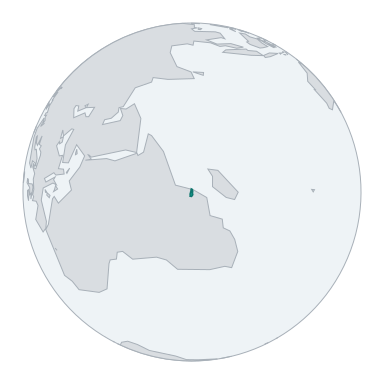 Mtwara highlighted on a globe, orthographic projection, rotated 296°
{"feature_id": "TZA-3388", "entity_name": "Mtwara", "entity_type": "Region", "adm_level": 1, "iso_a3": "TZA", "parent_name": "United Republic of Tanzania", "parent_adm1": "", "projection": "orthographic", "projection_center": [39.572, -10.772], "detail": "fine", "context": "on_globe", "style": "filled", "palette": "teal", "viewbox_px": 384, "rotation_deg": 296, "n_neighbors": 0, "source": "natural_earth", "source_scale": "10m", "svg_char_len": 6907}
<svg xmlns="http://www.w3.org/2000/svg" viewBox="0 0 384 384"><g transform="rotate(296 192 192)"><circle cx="192" cy="192" r="169" fill="#eef3f6" stroke="#a8b0b8"/><path d="M23.1,186.3L23.1,186.7L23.1,188.1L23.1,186.3ZM23.0,191.5L23.2,194.6L26.1,194.6L29.7,199.6L31.0,209.7L30.9,223.2L37.4,249.2L38.9,260.5L43.8,270.9L52.8,287.3L53.1,288.1L46.2,277.3L40.1,266.0L34.9,254.2L30.6,242.1L27.3,229.7L24.9,217.1L23.5,204.4L23.0,191.5ZM54.3,289.9L57.7,294.5L61.7,299.5L54.3,289.9ZM96.9,331.7L97.5,332.1L98.9,333.0L96.9,331.7ZM89.5,326.2L87.0,324.0L87.8,324.5L89.7,326.2L89.5,326.2ZM319.1,80.7L320.3,82.2L323.8,86.4L324.7,87.4L326.0,89.1L328.3,92.3L334.5,101.2L339.5,109.7L343.4,120.8L340.9,122.0L341.7,124.6L338.5,120.1L337.6,124.0L346.2,142.8L347.1,147.7L344.1,154.3L343.5,150.5L335.1,138.4L335.9,149.6L342.4,161.9L344.7,174.7L340.8,169.1L338.1,157.9L335.1,153.3L334.2,143.2L328.5,127.5L324.4,128.6L323.1,122.8L314.5,109.8L307.7,111.3L298.1,123.5L299.5,138.5L294.9,144.3L282.7,121.1L277.8,106.9L273.1,107.5L260.8,95.3L238.6,92.8L235.8,89.4L231.5,90.7L222.9,87.1L218.7,81.8L213.4,82.0L224.7,96.2L230.4,96.3L235.7,91.1L237.7,96.4L246.1,101.6L235.7,113.8L203.2,124.9L200.7,113.9L179.2,86.2L180.1,83.2L180.1,82.9L179.9,82.3L177.3,87.1L173.8,82.2L184.6,100.6L186.2,109.1L202.8,125.6L201.1,127.4L206.6,131.0L225.1,127.2L225.0,130.9L215.9,148.6L190.9,174.1L194.6,192.0L193.5,207.7L178.7,218.6L180.9,231.1L173.5,235.8L173.6,243.1L168.1,251.2L158.6,259.2L141.4,260.8L139.6,254.1L130.0,242.0L116.2,212.9L119.7,198.8L117.9,188.7L105.6,168.1L108.2,155.7L105.1,151.2L98.6,153.5L95.1,148.2L91.2,148.8L67.7,158.1L61.1,152.6L54.7,133.3L59.3,123.5L61.2,114.0L94.2,77.0L100.0,77.1L124.7,69.6L127.6,70.1L123.4,76.8L140.9,82.8L148.1,76.8L165.2,80.2L177.4,79.7L183.9,67.6L164.0,68.1L161.8,62.8L178.8,57.6L196.4,58.3L196.1,56.3L186.0,51.9L191.1,48.7L182.6,50.3L185.3,52.2L180.0,53.5L177.3,51.9L179.2,50.7L174.2,50.0L166.3,56.9L168.2,59.6L154.4,61.7L156.2,66.5L152.1,69.2L147.5,62.1L148.8,59.4L139.5,53.4L136.9,56.3L145.5,62.4L142.4,62.2L139.0,67.0L139.1,63.1L130.4,56.5L118.6,60.1L101.8,74.0L95.4,76.5L90.8,75.7L98.8,63.6L112.4,59.5L115.4,56.0L114.3,52.4L118.5,51.7L119.7,50.0L125.0,48.7L134.0,43.7L139.6,42.5L144.7,37.9L148.3,36.9L144.2,39.7L144.4,41.4L158.5,39.7L161.7,38.6L163.9,36.0L167.5,36.2L167.8,33.9L176.7,32.7L166.1,32.6L168.4,30.3L174.6,28.5L173.4,28.0L163.4,31.0L161.1,32.4L162.1,33.4L154.1,38.1L149.0,39.4L150.1,35.0L142.9,36.7L146.9,33.3L171.7,26.0L181.2,24.9L193.7,26.6L190.6,27.5L184.5,27.2L188.7,29.1L189.0,28.1L192.0,28.6L195.0,27.2L197.2,27.5L196.2,26.0L199.3,26.2L199.9,27.2L206.9,26.1L213.8,26.8L214.3,26.5L212.8,26.0L222.5,27.7L222.4,27.4L219.2,26.7L217.0,25.9L216.9,25.3L220.3,25.9L220.8,26.2L226.9,28.0L227.7,29.2L229.0,29.4L229.1,28.6L221.7,26.3L220.7,25.8L224.7,26.7L223.1,26.3L223.7,26.3L227.4,27.0L223.2,26.0L223.5,26.0L235.7,28.8L247.6,32.5L259.2,37.0L270.5,42.4L281.3,48.6L291.6,55.5L301.4,63.2L310.6,71.7L319.1,80.7ZM81.6,93.5L80.4,96.3L81.6,93.5ZM214.4,66.1L225.4,67.3L221.5,60.1L225.4,60.2L222.6,58.0L221.2,59.7L214.6,53.9L219.7,52.5L218.9,49.9L215.2,49.4L206.9,53.1L216.2,61.1L213.2,63.7L214.4,66.1ZM121.2,43.5L122.4,43.9L119.6,45.9L112.5,48.9L116.5,45.8L121.2,43.5ZM124.9,44.1L128.0,39.7L132.5,38.2L129.4,39.7L132.1,39.1L127.9,41.4L129.2,44.8L126.8,46.9L115.0,50.3L120.2,47.8L118.6,47.4L124.9,44.1ZM127.9,35.8L129.3,35.1L137.3,32.4L135.1,33.5L127.9,36.0L126.3,36.4L127.9,35.8ZM131.7,67.4L134.0,67.3L137.9,66.6L135.8,69.9L131.7,67.4ZM125.5,62.9L127.8,62.1L126.7,65.9L124.3,66.2L125.5,62.9ZM129.9,58.8L128.0,61.8L127.5,60.4L129.9,58.8ZM146.4,39.2L148.9,38.6L148.9,39.1L147.1,40.2L146.4,39.2ZM181.3,23.4L177.3,23.7L175.9,23.8L176.9,23.7L181.3,23.4ZM180.0,69.7L176.0,72.0L174.4,70.9L176.1,70.3L180.0,69.7ZM154.5,70.5L159.9,71.6L153.9,71.4L154.5,70.5ZM181.2,23.4L180.9,23.4L182.9,23.3L181.2,23.4ZM246.8,298.4L247.8,301.1L245.2,300.9L246.8,298.4ZM222.8,205.7L212.1,233.6L203.9,233.6L202.1,225.1L205.8,208.1L215.1,203.6L219.6,196.2L222.8,205.7ZM355.8,213.8L356.5,216.0L356.3,216.7L355.8,213.8ZM355.2,209.7L356.2,211.5L354.7,211.1L355.2,209.7ZM356.6,212.2L357.7,212.3L358.1,211.7L357.9,213.3L356.6,212.2ZM354.3,208.7L348.0,203.1L345.0,198.9L346.1,196.5L350.9,200.6L354.3,208.7ZM345.8,196.3L340.8,185.2L331.0,158.4L334.6,160.1L344.2,178.0L343.7,180.2L346.8,188.3L345.8,196.3ZM356.6,189.2L355.9,196.3L352.8,192.6L351.2,190.0L350.1,179.7L350.8,175.4L352.2,176.7L355.8,165.2L357.4,170.7L356.8,175.9L358.1,183.6L356.6,189.2ZM300.3,140.0L304.5,150.0L301.8,151.0L300.3,140.0ZM355.6,156.3L355.3,161.1L355.1,153.9L355.6,156.3ZM354.6,149.0L355.4,152.4L354.2,148.4L354.6,149.0ZM343.1,129.0L341.7,128.6L340.9,126.3L342.2,125.5L343.1,129.0ZM343.2,117.1L346.1,123.5L346.8,125.4L344.8,120.9L343.2,117.1ZM211.3,24.2L206.8,24.1L206.0,24.6L209.2,25.4L202.7,24.6L204.0,23.8L211.3,24.2ZM329.2,290.7L328.9,291.1L329.9,289.7L329.2,290.7ZM331.1,287.9L329.7,289.8L333.8,283.6L336.0,279.5L327.5,282.2L327.3,278.7L330.9,274.1L337.7,257.1L338.1,258.0L342.2,247.5L349.3,243.4L355.4,230.7L355.2,234.9L357.2,227.3L353.9,240.2L349.7,252.7L344.4,264.9L338.2,276.7L331.1,287.9ZM357.3,218.2L358.8,214.4L359.0,215.0L357.3,218.2ZM360.5,199.6L360.4,201.5L360.4,199.2L360.5,199.6ZM360.6,203.3L360.6,200.9L360.7,199.4L360.6,202.9L360.6,203.3ZM358.7,186.2L359.0,191.3L360.0,190.4L359.2,193.1L359.3,202.0L358.9,204.5L358.9,194.9L358.0,203.0L357.6,202.0L357.8,194.2L358.5,186.2L359.0,183.4L360.4,185.5L358.7,186.2ZM360.9,193.8L360.8,187.9L360.8,184.8L360.9,188.2L360.9,193.8ZM359.7,173.6L358.5,166.1L358.1,167.0L358.1,161.6L359.4,169.6L359.7,173.6ZM357.5,159.4L357.2,160.1L357.0,156.7L357.5,159.4ZM356.7,157.8L355.8,153.7L356.5,155.2L356.7,157.8ZM357.7,160.2L356.5,153.6L357.5,158.2L357.7,160.2ZM353.5,144.4L356.2,153.0L354.0,147.5L350.3,134.7L350.9,135.6L353.5,144.4Z" fill="#d9dde1" stroke="#a8b0b8" stroke-width="1"/><path d="M194.5,191.1L194.4,191.3L194.1,191.4L194.0,191.5L193.8,191.7L193.7,191.8L193.3,192.1L193.2,192.1L192.9,192.3L192.6,192.5L192.1,192.6L191.8,192.6L191.7,192.7L191.2,193.1L190.9,193.2L190.7,193.1L190.1,193.1L189.9,193.3L189.7,193.4L189.7,193.5L189.6,193.4L189.4,193.5L189.2,193.6L189.0,193.8L188.9,193.9L188.6,193.8L188.5,193.7L188.3,193.6L188.2,193.5L187.9,193.5L187.8,193.4L187.7,193.4L187.5,192.7L187.4,192.1L187.9,192.1L188.0,192.0L188.2,191.8L188.4,191.6L189.1,191.3L189.4,191.3L189.5,191.2L189.6,191.3L189.8,191.3L190.0,191.3L190.1,191.2L190.3,191.1L190.5,191.1L190.7,190.9L190.8,190.9L190.9,191.0L191.0,191.1L191.1,190.9L191.3,190.9L191.4,190.7L191.5,190.7L191.8,190.9L191.9,191.1L192.0,191.2L192.1,191.4L192.2,191.5L192.3,191.4L192.3,191.2L192.2,191.1L192.3,190.9L192.4,190.7L192.5,190.7L193.0,190.4L193.2,190.2L193.3,190.1L193.5,190.2L193.6,190.3L193.6,190.5L193.8,190.5L194.0,190.5L193.8,190.4L194.0,190.3L194.0,190.5L194.2,190.8L194.3,190.8L194.5,190.8L194.5,190.7L194.4,190.7L194.5,190.6L194.5,190.8L194.4,190.9L194.5,190.9L194.5,191.0L194.5,191.1Z" fill="#14b8a6" stroke="#0f766e" stroke-width="1.5"/></g></svg>